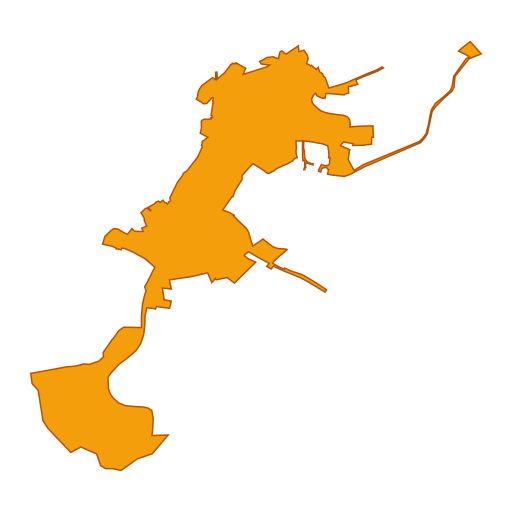 the district of Miercurea Ciuc, Harghita, Romania
{"feature_id": "2599482B67036234724680", "entity_name": "Miercurea Ciuc", "entity_type": "district", "adm_level": 2, "iso_a3": "ROU", "parent_name": "Romania", "parent_adm1": "Harghita", "projection": "robinson", "projection_center": [25.638, 46.385], "detail": "fine", "context": "isolated", "style": "filled", "palette": "amber", "viewbox_px": 512, "rotation_deg": 0, "n_neighbors": 0, "source": "geoboundaries", "source_scale": "gbopen_adm2", "svg_char_len": 5999}
<svg xmlns="http://www.w3.org/2000/svg" viewBox="0 0 512 512"><path d="M364.3,166.9L420.5,142.7L424.4,138.4L427.4,133.8L432.2,111.2L435.6,106.8L442.3,99.7L451.8,91.4L454.1,87.1L455.0,76.4L469.2,58.6L481.3,53.9L470.2,41.6L461.4,48.5L458.5,51.2L463.1,53.3L465.5,54.5L466.3,54.9L467.1,55.4L469.5,57.1L466.2,58.6L453.8,76.1L452.0,86.8L450.2,90.7L443.3,97.0L441.1,98.8L435.4,103.4L431.4,109.6L429.4,118.8L428.3,125.4L426.9,130.2L426.2,133.4L423.3,137.6L419.4,141.5L363.0,164.8L354.0,170.5L353.4,169.2L348.4,160.0L348.3,159.0L349.4,151.1L349.9,149.8L340.3,145.6L343.7,141.9L353.3,143.8L352.8,145.5L363.6,145.2L371.5,144.2L371.6,142.6L371.7,137.3L373.5,137.2L372.9,127.6L373.0,127.1L373.0,125.9L363.5,126.1L357.9,126.3L349.6,127.0L349.8,126.4L350.0,125.7L350.2,124.6L350.1,122.6L349.4,119.3L347.1,116.7L343.3,115.3L337.8,114.7L330.4,113.6L326.1,112.7L322.0,111.4L318.6,109.2L315.6,106.4L314.1,105.2L312.2,102.5L311.7,98.9L313.2,95.7L314.4,94.0L315.7,93.2L317.1,96.0L322.0,98.1L325.0,98.5L325.0,98.1L326.0,93.5L330.9,93.7L344.0,94.9L345.2,94.0L348.7,93.0L348.4,86.5L350.7,86.5L354.3,85.3L357.7,84.3L356.3,81.3L356.2,79.8L365.7,75.8L377.4,71.2L383.4,67.9L382.0,66.9L377.0,69.8L367.8,73.4L360.6,76.6L352.8,79.9L347.0,82.5L341.1,84.5L328.9,88.0L328.6,87.4L326.2,80.4L325.3,78.0L323.8,76.5L323.0,75.1L322.6,73.9L319.5,71.6L318.2,67.2L316.2,69.5L311.4,65.3L310.7,65.9L308.6,64.4L306.5,63.7L308.1,58.9L307.8,57.1L307.2,55.0L304.0,50.2L298.9,51.7L298.3,45.9L286.1,54.1L284.8,53.3L281.8,50.9L280.0,51.9L279.3,54.6L278.5,58.6L275.0,57.7L273.6,56.8L267.2,57.4L262.7,60.0L259.7,61.4L261.3,64.0L266.2,64.7L269.6,65.0L267.0,66.8L243.2,74.4L244.0,72.3L245.7,68.3L236.1,62.9L235.8,62.9L235.6,63.8L234.8,63.4L234.4,63.4L234.1,63.8L232.3,63.2L231.7,64.5L230.6,64.6L230.3,65.4L224.2,73.2L222.2,74.7L219.3,77.4L217.0,79.3L217.2,78.0L217.2,76.5L216.9,72.1L215.7,72.2L215.8,79.3L214.7,79.7L214.1,78.4L212.3,77.8L201.9,85.5L199.5,89.1L198.5,90.9L198.0,92.8L197.5,96.9L196.3,99.2L200.7,101.7L203.5,103.8L206.7,103.5L212.1,97.8L212.8,97.7L213.4,98.0L212.8,101.1L213.1,101.9L211.1,115.3L212.1,115.9L212.1,116.3L212.4,117.4L210.7,117.9L211.1,118.8L209.0,119.2L204.2,119.2L202.8,119.9L201.3,121.2L201.4,128.1L201.1,129.6L200.2,133.3L207.9,137.2L207.4,137.8L203.8,140.4L203.1,140.8L202.3,141.4L202.1,142.0L202.5,142.3L202.0,143.9L201.4,145.3L202.2,146.2L202.3,146.6L198.4,155.5L197.3,157.5L187.1,170.7L183.7,173.0L181.7,176.7L177.5,182.2L169.8,197.9L170.6,200.9L168.6,202.1L167.5,204.2L166.2,202.8L165.0,202.8L162.9,200.2L160.3,202.5L158.5,201.1L156.2,202.0L154.4,203.9L147.7,207.6L150.9,210.1L150.2,210.8L146.8,208.1L145.4,208.5L142.5,211.4L141.0,212.5L144.0,217.9L144.6,219.3L144.1,220.0L145.3,222.9L146.6,226.2L141.7,228.1L143.1,231.4L142.2,231.5L136.8,231.4L134.4,231.1L132.0,228.6L128.1,233.4L127.3,234.3L124.4,232.9L120.6,230.6L117.9,229.2L116.4,228.8L113.8,228.6L110.7,230.8L104.9,236.4L104.0,239.4L102.6,244.2L111.6,246.1L115.7,247.7L115.9,248.7L121.3,249.8L121.9,248.1L125.3,248.6L125.8,249.2L127.1,249.5L133.5,252.4L144.9,258.6L154.8,267.2L147.3,282.2L144.7,286.7L146.1,291.1L144.7,294.6L142.6,303.7L141.5,315.0L141.4,327.6L129.8,327.3L123.5,327.3L118.9,330.6L113.7,337.8L111.8,340.0L103.1,352.6L103.5,356.9L98.7,361.2L90.8,363.9L89.6,364.4L83.8,363.9L76.5,365.9L71.4,366.5L67.4,366.7L30.7,373.4L32.1,383.6L38.2,390.4L43.0,420.8L47.8,428.2L70.8,452.5L80.7,447.0L96.6,453.9L100.6,465.6L105.4,468.6L112.8,468.7L121.1,470.4L137.4,458.8L152.3,453.7L168.2,435.0L151.9,435.5L152.6,430.7L153.2,418.0L151.7,410.3L147.6,407.9L143.1,407.0L134.8,406.5L125.3,405.7L118.7,402.9L113.1,398.0L110.3,393.8L108.4,388.5L108.4,385.9L107.9,377.6L111.0,372.9L119.2,364.1L125.2,359.7L130.5,355.4L136.4,350.2L140.8,343.3L143.7,334.5L144.8,325.1L145.0,316.0L146.8,307.8L152.6,308.4L153.9,308.6L155.5,309.0L156.4,306.5L161.5,307.3L169.5,308.3L170.6,304.4L171.3,301.1L163.7,299.7L164.0,298.6L162.4,288.0L171.3,289.0L169.4,279.9L184.5,277.6L190.5,276.8L207.6,272.8L211.8,282.6L213.8,280.4L215.4,278.3L216.1,279.8L227.6,277.5L227.8,278.1L234.4,283.1L255.7,262.2L248.5,258.9L244.9,256.2L244.2,255.1L245.0,254.4L248.6,251.8L258.8,257.8L269.2,263.3L268.8,263.8L266.7,266.4L271.2,269.0L273.3,266.5L273.6,266.0L276.3,267.6L286.0,271.9L289.9,273.4L294.0,275.1L295.7,275.8L300.0,277.5L309.4,282.6L325.0,292.1L326.6,290.0L324.6,288.5L320.0,285.4L313.5,281.3L305.8,276.7L302.1,274.6L289.5,270.5L288.0,269.6L284.5,268.1L284.0,269.0L280.3,267.6L275.6,265.0L272.9,263.2L272.8,262.6L273.8,261.2L278.4,257.1L278.9,256.5L279.9,255.6L283.6,252.9L285.9,250.7L287.1,249.6L286.3,249.1L284.6,249.0L277.4,248.4L273.0,246.8L269.0,243.9L263.0,239.0L258.5,242.3L258.1,242.4L252.8,246.0L251.2,241.2L248.6,232.2L246.2,228.2L242.5,224.7L237.9,220.3L233.6,215.9L234.2,215.2L229.2,212.4L222.7,210.0L231.9,196.8L232.9,196.8L234.9,191.0L242.1,179.4L241.9,175.8L244.5,172.7L252.8,163.7L259.7,167.8L265.3,171.6L266.2,172.5L267.2,173.2L268.3,173.4L269.2,173.3L270.6,172.5L273.0,171.3L273.7,170.9L274.7,170.2L276.9,168.5L284.1,165.2L288.4,163.4L293.0,160.6L293.4,159.8L294.0,159.1L294.7,158.5L297.2,157.5L297.0,156.7L296.8,156.1L296.3,154.3L295.9,151.6L296.3,148.8L296.4,146.7L296.2,145.7L296.1,143.4L296.0,140.9L298.9,141.0L302.6,140.9L302.5,146.9L302.5,149.5L302.6,153.5L302.5,155.6L302.9,160.7L304.2,160.7L304.8,161.5L304.7,164.4L304.6,164.9L304.9,166.0L303.9,169.7L304.7,169.6L305.1,168.2L305.5,167.7L305.8,167.5L305.5,165.5L305.7,163.2L307.2,163.1L313.1,164.9L313.1,163.7L312.7,163.6L312.2,163.6L311.5,163.6L309.4,162.9L307.4,161.9L306.6,161.1L304.9,158.4L304.7,157.6L304.4,151.4L303.8,148.9L303.6,147.8L303.6,146.3L303.7,145.1L303.8,140.9L308.0,141.4L312.1,141.9L316.9,142.9L322.1,143.7L327.7,145.7L328.3,149.1L328.6,151.8L328.9,154.7L328.6,157.8L330.0,157.8L329.4,164.0L328.6,164.8L327.4,165.5L325.7,165.6L323.8,165.4L321.5,164.5L319.4,168.3L318.8,169.7L318.5,170.2L318.7,171.4L320.7,172.0L321.9,168.4L324.1,167.6L326.5,167.5L327.0,168.0L327.5,168.8L328.5,169.5L327.6,174.2L331.6,175.0L344.4,176.4L349.9,174.5L364.3,166.9Z" fill="#f59e0b" stroke="#b45309" stroke-width="1.5"/></svg>